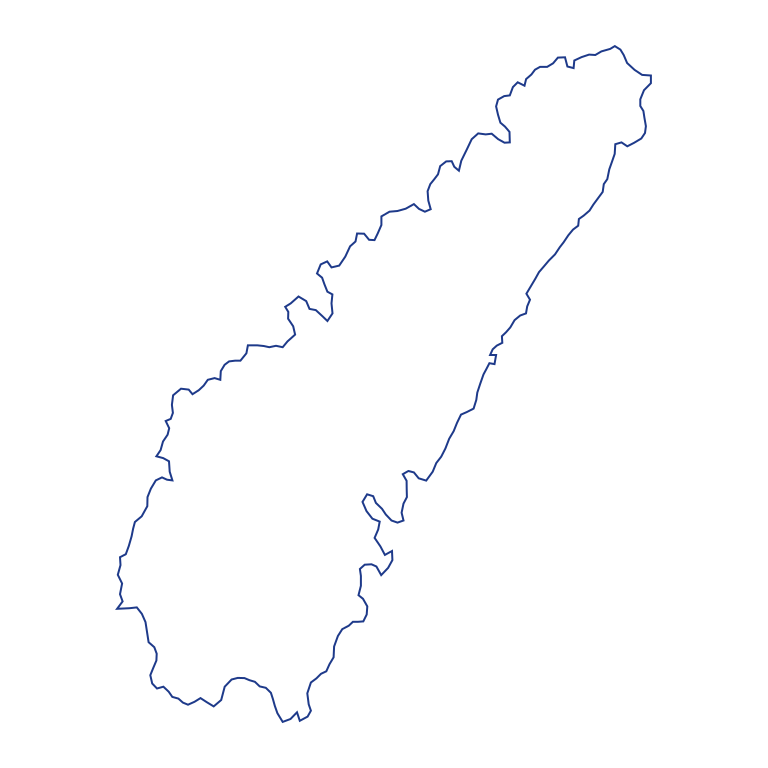 São Sebastião do Alto, Rio de Janeiro, Brazil
{"feature_id": "56859067B52914728547014", "entity_name": "São Sebastião do Alto", "entity_type": "district", "adm_level": 2, "iso_a3": "BRA", "parent_name": "Brazil", "parent_adm1": "Rio de Janeiro", "projection": "equal_earth", "projection_center": [-42.093, -21.876], "detail": "fine", "context": "isolated", "style": "outline", "palette": "blue", "viewbox_px": 768, "rotation_deg": 0, "n_neighbors": 0, "source": "geoboundaries", "source_scale": "gbopen_adm2", "svg_char_len": 3827}
<svg xmlns="http://www.w3.org/2000/svg" viewBox="0 0 768 768"><path d="M117.1,608.8L123.5,608.5L129.6,608.2L136.8,607.4L141.9,613.9L145.5,622.1L148.6,642.2L154.3,647.2L156.7,653.7L156.4,660.5L152.9,668.8L150.3,675.2L152.2,683.5L157.0,688.5L163.4,686.7L168.7,691.7L172.3,696.9L178.4,698.6L182.9,702.6L188.0,704.7L194.5,701.8L200.5,698.1L206.8,702.2L213.7,706.4L221.2,700.0L224.7,686.7L231.6,679.5L237.8,677.9L244.5,678.1L249.5,680.2L254.9,681.8L259.7,686.4L265.8,687.8L270.9,692.8L272.9,699.0L274.8,705.8L277.4,713.2L282.7,721.9L290.5,719.0L297.0,712.3L299.8,720.8L307.6,716.6L310.9,710.7L308.7,704.3L307.3,693.3L310.9,682.5L316.4,678.4L321.0,673.8L326.3,671.3L329.5,664.2L333.6,657.3L334.1,646.5L337.9,636.0L342.3,629.1L348.8,625.7L352.9,621.8L357.9,621.8L363.3,621.4L366.7,614.5L367.3,606.4L363.0,598.8L358.5,595.2L360.9,585.8L360.9,575.9L359.9,569.0L364.7,564.7L371.5,564.3L376.4,566.5L381.2,575.1L388.1,567.9L392.4,560.1L392.0,551.0L384.9,554.9L380.4,546.4L374.6,537.9L378.2,529.5L379.7,521.6L372.4,518.7L366.5,511.1L362.5,501.9L367.1,494.3L373.2,496.2L375.9,502.9L382.0,508.8L385.8,514.5L391.5,520.5L397.5,522.6L403.5,520.5L401.6,512.7L403.5,503.6L406.9,497.1L406.7,489.0L406.6,480.8L402.8,474.2L408.3,471.0L413.9,472.4L418.7,478.3L426.2,480.6L432.7,471.7L436.3,463.0L441.2,456.7L445.4,448.5L449.2,438.7L453.7,431.1L457.0,422.9L461.0,414.6L466.7,412.1L473.6,408.6L476.3,399.9L477.3,392.6L480.2,383.8L483.5,374.4L486.4,369.0L489.4,363.2L494.5,364.1L496.1,355.0L490.1,355.0L492.7,349.3L496.8,345.6L502.3,342.8L501.9,336.2L506.0,332.3L510.3,327.4L514.6,320.1L520.2,315.5L526.0,313.4L527.2,306.4L530.0,299.7L526.4,293.7L531.0,286.0L535.4,278.6L539.0,272.1L544.0,266.3L548.9,260.5L555.0,254.4L559.8,247.2L563.6,242.3L568.3,235.3L573.0,229.6L578.2,225.7L578.9,219.0L583.7,215.6L589.5,210.6L593.4,204.5L597.9,198.4L602.7,191.9L603.8,184.1L607.3,179.1L609.3,169.3L612.1,161.4L614.7,153.9L615.3,144.2L621.5,142.4L627.3,146.3L634.1,142.8L641.3,138.5L645.0,133.0L645.9,126.2L644.4,117.6L643.4,111.0L640.3,106.0L640.3,99.3L644.0,90.2L650.9,83.2L650.9,75.5L642.1,74.9L634.6,69.9L627.1,63.0L623.7,55.0L620.4,49.6L614.8,46.1L610.2,48.9L601.4,51.4L595.3,55.0L589.1,54.6L581.6,57.1L574.3,60.5L573.6,68.1L567.4,66.5L565.0,57.3L557.9,57.6L553.1,63.3L547.1,66.9L540.0,66.9L535.0,69.7L531.4,74.5L526.1,79.1L524.5,85.7L517.7,82.3L512.9,87.1L509.8,95.4L504.2,96.1L498.0,99.6L496.1,106.4L498.0,114.7L500.4,122.7L505.0,126.6L509.5,131.9L509.8,142.4L504.5,142.7L498.2,139.2L491.7,133.7L485.7,134.4L478.2,133.4L471.7,139.2L466.9,149.3L461.3,160.7L458.9,170.7L454.3,166.8L451.7,161.2L446.2,161.4L440.2,166.1L438.0,174.3L434.2,179.3L430.3,184.1L427.6,191.2L428.3,200.6L430.7,209.2L424.9,211.7L419.0,208.9L413.9,204.1L405.7,208.7L397.5,211.0L389.5,211.7L381.4,216.4L381.4,225.0L377.7,233.5L374.5,240.1L369.1,239.8L364.1,233.7L357.1,233.5L355.5,241.5L350.1,246.3L345.3,256.6L339.2,265.6L331.5,267.4L327.2,261.4L320.7,264.4L317.0,273.5L322.1,277.7L324.4,284.2L327.4,291.7L332.4,294.4L331.5,303.4L332.5,313.4L327.4,321.0L322.1,315.9L315.8,310.1L309.5,308.9L306.2,301.1L298.5,296.5L290.7,303.4L285.2,306.8L288.3,311.9L288.1,318.7L293.2,326.3L295.1,334.6L287.5,341.4L282.7,347.2L276.0,345.8L269.3,347.2L263.7,346.0L257.0,345.3L247.9,345.3L246.4,353.3L240.4,360.7L234.8,360.7L229.1,361.4L224.6,364.8L220.8,371.1L220.3,379.8L214.6,378.1L207.8,379.8L203.7,385.6L198.9,390.1L192.5,394.2L188.7,389.6L181.0,388.7L173.1,395.3L171.9,404.9L172.9,412.9L170.7,418.9L165.7,421.0L169.2,428.2L167.6,434.7L163.0,441.5L160.6,450.1L156.4,456.3L163.2,458.1L169.0,461.3L169.7,471.7L172.4,480.4L167.0,479.7L162.0,477.4L155.8,480.4L150.9,488.6L147.5,497.1L147.3,506.2L141.7,516.3L134.9,522.0L133.1,528.8L131.6,536.3L128.8,546.0L125.8,554.2L120.0,557.2L120.5,565.1L117.8,574.8L122.1,583.5L120.0,594.2L122.6,601.4L117.1,608.8Z" fill="none" stroke="#1e3a8a" stroke-width="2"/></svg>